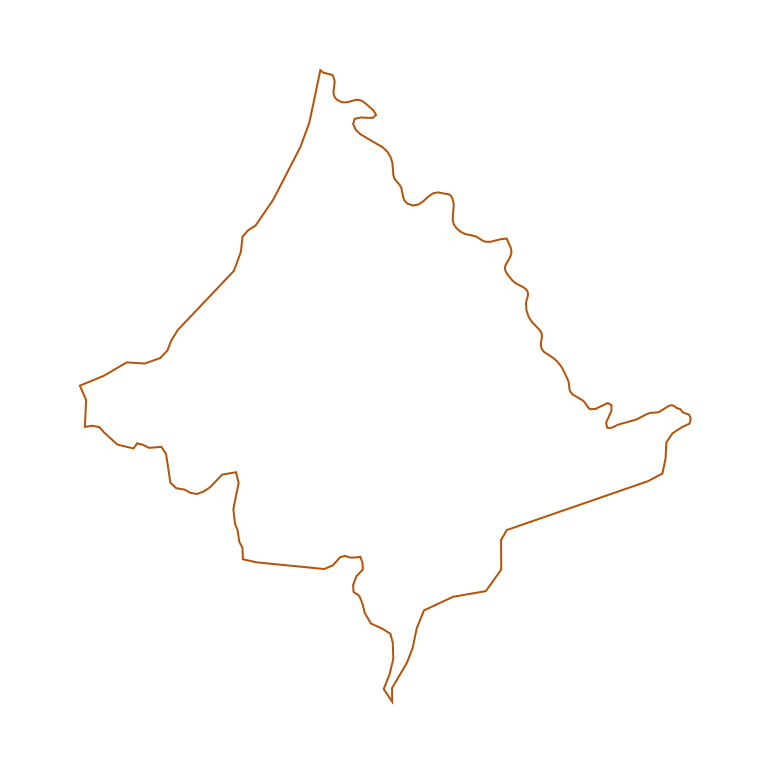 the Region of Gorgol, rotated 176°
{"feature_id": "MRT-2791", "entity_name": "Gorgol", "entity_type": "Region", "adm_level": 1, "iso_a3": "MRT", "parent_name": "Mauritania", "parent_adm1": "", "projection": "orthographic", "projection_center": [-12.986, 15.995], "detail": "fine", "context": "isolated", "style": "outline", "palette": "amber", "viewbox_px": 768, "rotation_deg": 176, "n_neighbors": 0, "source": "natural_earth", "source_scale": "10m", "svg_char_len": 2784}
<svg xmlns="http://www.w3.org/2000/svg" viewBox="0 0 768 768"><g transform="rotate(176 384 384)"><path d="M99.4,342.8L96.9,342.4L96.2,341.9L93.9,339.8L92.9,339.3L90.7,338.5L89.9,337.9L89.4,337.4L88.9,336.1L88.5,335.5L86.9,334.3L83.2,332.8L81.6,331.8L80.5,327.9L82.0,323.1L89.3,320.4L99.6,314.7L106.4,306.1L108.3,290.1L112.5,275.3L127.6,268.6L271.7,229.8L278.1,220.2L280.0,190.7L296.9,170.3L330.1,166.9L359.9,155.4L368.4,138.0L373.8,118.8L380.6,104.3L397.2,80.1L398.0,66.5L405.6,79.7L398.8,93.7L393.9,109.1L393.3,125.5L395.1,134.4L402.9,140.1L413.7,145.9L419.2,157.0L420.7,165.9L423.3,174.2L428.9,178.7L428.8,185.8L424.9,194.2L418.1,200.4L417.9,206.8L419.6,213.3L424.3,212.9L430.3,213.3L434.8,215.3L439.8,214.3L447.6,206.7L456.5,203.6L523.6,215.0L537.0,219.0L536.6,230.6L539.3,236.5L540.4,249.1L542.4,255.0L543.0,269.9L535.9,295.3L537.8,306.3L551.7,304.9L564.9,293.0L571.3,289.4L578.4,287.3L584.7,288.9L590.3,292.6L598.4,294.5L604.0,300.5L606.3,329.6L610.5,336.8L622.9,336.7L628.6,340.1L634.5,342.0L636.1,339.8L638.5,337.2L654.2,342.2L666.6,355.1L670.8,360.7L677.5,362.7L685.4,362.1L682.3,388.8L687.5,403.6L663.0,411.7L639.2,423.5L621.3,421.1L605.4,425.5L597.7,432.6L593.4,441.8L585.9,452.3L525.8,507.4L517.5,526.0L514.9,540.7L508.9,546.8L501.1,551.0L481.8,575.4L451.0,626.0L440.2,650.1L425.6,701.5L422.8,698.8L413.9,695.9L413.5,694.9L412.4,691.6L412.1,688.7L414.0,679.4L414.0,676.4L413.1,673.5L411.2,671.0L408.0,668.8L404.4,667.7L400.6,667.7L393.1,669.3L389.7,669.3L386.5,668.1L383.4,665.7L375.3,657.5L373.2,652.9L376.8,650.2L388.9,651.5L394.8,650.5L396.7,645.4L394.4,639.4L389.9,634.6L368.7,620.1L364.4,615.4L361.5,609.8L360.2,603.8L360.1,591.5L359.4,588.6L357.8,585.9L354.3,581.2L353.1,578.7L351.7,568.5L350.6,565.3L348.4,562.6L342.7,560.0L337.2,560.7L332.0,563.6L327.3,567.4L321.9,570.8L316.9,571.4L306.0,568.6L304.0,567.0L302.7,563.7L302.1,560.5L302.0,557.3L304.0,543.5L303.2,538.3L300.6,534.0L296.9,530.5L292.4,527.9L284.3,525.6L281.7,524.6L275.1,519.8L272.6,518.8L267.4,518.5L256.8,520.4L251.5,520.5L248.2,511.4L247.6,508.3L248.0,505.0L249.3,502.0L254.7,493.6L255.3,490.9L254.9,488.2L253.4,485.1L249.4,479.2L247.0,476.6L244.2,474.4L238.8,471.2L236.3,469.2L234.5,466.7L234.0,463.6L234.8,460.5L236.0,457.4L236.8,454.3L236.7,447.2L235.0,440.9L231.9,435.2L225.5,427.7L224.0,425.5L223.2,423.0L223.2,420.0L224.6,413.8L224.8,410.6L224.0,407.6L222.0,404.7L213.0,397.9L209.9,394.6L207.3,391.1L205.0,387.3L200.1,374.9L199.6,372.1L199.3,365.6L198.4,362.8L196.3,360.2L186.6,353.5L184.9,351.4L182.0,346.4L180.3,344.5L175.0,344.3L162.1,349.4L158.5,346.9L159.1,341.2L165.1,330.0L164.5,324.9L162.1,324.4L160.1,324.5L158.2,325.1L153.3,327.1L134.7,331.0L124.0,335.6L121.3,336.4L120.1,336.6L113.5,336.6L111.4,337.0L101.7,342.2L99.4,342.8Z" fill="none" stroke="#b45309" stroke-width="2"/></g></svg>